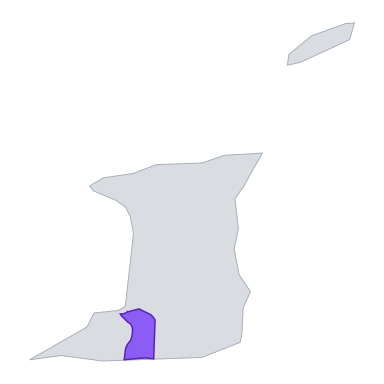 Penal-Debe on a map of Trinidad and Tobago (Robinson projection)
{"feature_id": "TTO-59", "entity_name": "Penal-Debe", "entity_type": "Region", "adm_level": 1, "iso_a3": "TTO", "parent_name": "Trinidad and Tobago", "parent_adm1": "", "projection": "robinson", "projection_center": [-61.471, 10.164], "detail": "fine", "context": "in_parent", "style": "filled", "palette": "violet", "viewbox_px": 384, "rotation_deg": 0, "n_neighbors": 0, "source": "natural_earth", "source_scale": "10m", "svg_char_len": 949}
<svg xmlns="http://www.w3.org/2000/svg" viewBox="0 0 384 384"><path d="M240.1,342.3L201.9,357.4L102.4,361.0L61.2,355.5L29.5,359.8L87.1,326.9L93.9,313.0L118.4,310.4L125.3,306.3L133.5,233.8L130.3,216.6L125.5,207.1L115.5,200.2L93.3,190.8L89.6,185.8L103.6,177.8L133.5,173.4L155.8,164.7L202.0,163.0L224.4,155.3L262.3,153.1L243.7,186.3L235.0,198.7L238.4,228.7L234.1,249.0L239.1,274.7L250.4,291.6L243.1,308.2L242.0,333.3L240.1,342.3ZM300.2,62.4L287.4,65.1L288.9,54.4L311.4,35.9L345.7,23.5L354.5,23.0L349.6,39.6L300.2,62.4Z" fill="#d9dde1" stroke="#a8b0b8" stroke-width="1"/><path d="M120.3,313.9L121.0,313.9L123.6,313.8L126.3,312.6L127.6,311.5L127.8,311.8L139.0,308.9L150.7,314.6L153.3,317.2L155.1,320.0L153.7,358.8L144.6,357.9L124.4,359.7L124.2,359.7L125.4,349.7L126.2,346.8L127.4,344.5L130.4,340.6L131.5,338.0L132.4,333.1L132.5,328.5L131.9,326.6L130.7,324.1L127.7,322.0L121.3,315.7L120.3,313.9Z" fill="#8b5cf6" stroke="#5b21b6" stroke-width="1.5"/></svg>